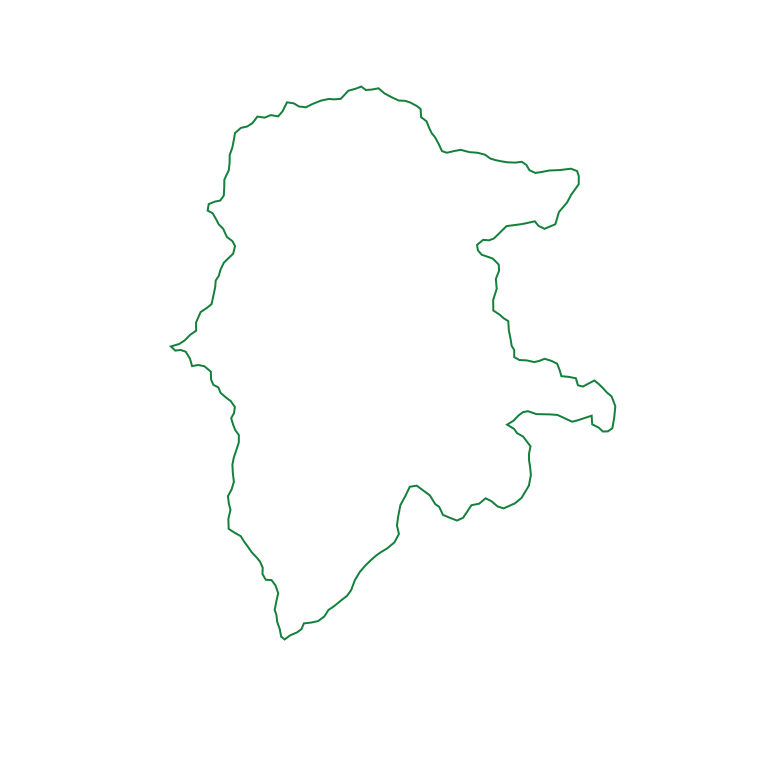 Andradas, Minas Gerais, Brazil, rotated 201°
{"feature_id": "56859067B4264930314137", "entity_name": "Andradas", "entity_type": "district", "adm_level": 2, "iso_a3": "BRA", "parent_name": "Brazil", "parent_adm1": "Minas Gerais", "projection": "equal_earth", "projection_center": [-46.567, -22.057], "detail": "fine", "context": "isolated", "style": "outline", "palette": "green", "viewbox_px": 768, "rotation_deg": 201, "n_neighbors": 0, "source": "geoboundaries", "source_scale": "gbopen_adm2", "svg_char_len": 3394}
<svg xmlns="http://www.w3.org/2000/svg" viewBox="0 0 768 768"><g transform="rotate(201 384 384)"><path d="M448.4,653.9L453.0,655.3L460.5,656.2L465.9,655.9L471.8,653.9L480.2,654.5L487.8,655.5L495.1,658.1L500.9,654.5L506.3,652.0L511.9,653.5L516.4,649.4L522.3,645.1L526.6,634.7L532.7,631.8L537.6,630.4L544.5,625.9L551.2,619.7L556.1,614.3L562.9,612.6L568.8,613.7L575.5,612.2L576.5,602.0L578.7,595.9L586.0,594.5L590.9,589.9L598.0,588.3L600.4,580.2L604.1,575.3L609.4,571.8L613.0,564.9L611.6,557.7L610.3,550.2L610.1,542.4L607.5,535.5L605.5,527.9L606.3,517.6L603.3,509.4L601.1,502.5L602.6,496.6L607.2,493.7L612.1,489.1L610.8,482.7L605.1,482.0L599.5,477.4L595.6,473.9L589.7,471.2L583.4,465.0L576.8,463.1L572.5,459.4L571.5,451.6L574.2,446.0L577.0,439.8L577.6,432.4L577.0,426.0L578.2,420.2L576.4,414.4L574.9,405.2L573.6,396.8L576.8,391.3L581.0,385.4L581.5,374.0L578.5,366.5L582.6,360.4L585.6,353.4L589.6,347.9L596.4,342.7L590.8,340.4L586.0,342.9L580.7,343.1L574.2,338.1L569.6,331.9L564.2,335.2L558.1,336.2L550.1,333.5L547.2,326.4L543.0,322.1L537.4,321.4L533.3,317.1L526.2,314.6L520.9,313.1L515.0,309.1L513.6,303.1L514.4,297.3L510.4,292.1L506.6,287.9L501.2,284.3L498.6,277.4L498.1,267.9L497.8,261.0L496.6,254.3L493.4,247.1L489.1,238.9L488.5,230.8L489.5,223.3L486.1,217.0L482.2,211.4L481.0,202.4L477.1,193.1L470.1,191.6L463.2,190.6L457.9,186.6L452.0,182.8L447.2,179.5L441.1,176.6L436.0,173.7L431.4,169.0L429.4,163.1L424.3,158.9L418.7,160.6L413.1,157.0L407.8,150.8L406.6,142.5L405.1,133.9L401.7,129.9L398.5,123.7L393.4,117.7L389.5,111.3L385.2,109.9L381.5,115.8L376.1,121.0L373.2,125.6L373.0,131.8L366.1,135.4L360.5,139.1L356.4,145.6L354.9,153.1L351.0,158.7L346.2,167.1L342.6,173.0L340.8,179.8L340.9,190.3L339.2,200.0L336.5,207.5L333.5,214.1L329.9,221.0L326.5,226.1L322.3,231.4L317.5,239.9L316.3,249.3L321.2,256.5L323.3,265.4L325.3,276.8L324.0,286.2L323.1,297.3L317.0,300.8L301.2,296.4L293.1,290.2L288.5,289.1L282.0,282.9L274.4,282.7L266.9,282.7L262.2,287.5L258.9,302.2L252.2,306.4L248.2,313.7L241.8,313.1L234.0,310.4L227.7,310.8L219.0,319.5L214.8,326.9L212.3,341.0L214.3,351.8L217.7,358.6L221.3,364.9L223.6,370.8L224.9,378.3L235.3,384.8L242.1,385.8L246.5,388.7L254.5,390.2L249.9,396.2L247.1,402.9L244.0,407.7L239.8,410.2L230.9,410.5L218.5,415.0L210.9,417.3L194.9,416.2L190.3,419.4L178.8,428.8L175.2,421.0L167.9,420.2L162.6,418.1L158.0,420.0L155.0,424.6L157.0,435.0L160.1,446.2L167.0,453.9L173.0,456.0L177.9,458.5L183.7,461.0L188.8,462.7L193.4,457.5L197.4,452.9L202.5,452.3L206.9,458.1L213.9,456.9L221.2,454.9L225.4,460.4L229.7,465.0L235.8,465.6L243.1,465.1L247.3,461.2L251.6,458.3L259.1,457.2L266.2,454.9L272.1,455.8L274.6,462.4L278.5,465.4L282.7,472.6L286.6,478.7L290.5,487.2L295.9,488.3L301.0,490.2L308.3,491.8L312.2,501.6L312.9,513.3L317.2,522.1L317.2,531.2L319.7,536.6L327.4,540.1L339.1,539.7L344.2,542.4L347.0,547.2L343.1,554.1L337.4,555.8L333.5,559.3L326.2,575.3L312.4,582.8L301.5,589.9L296.4,587.0L289.8,586.4L281.3,594.5L282.3,607.2L278.1,619.3L277.1,627.6L273.8,640.3L276.7,648.0L280.1,652.0L286.6,652.0L291.7,649.3L296.4,646.8L301.0,644.8L306.1,642.6L312.5,638.6L318.3,635.3L324.8,635.7L329.7,639.6L335.0,640.8L341.1,637.6L347.9,635.3L354.0,634.0L359.9,633.0L365.5,632.6L372.0,634.3L379.5,633.4L387.3,631.1L396.3,630.1L402.2,626.5L408.2,622.4L413.3,622.2L419.4,628.1L425.0,632.8L429.4,635.3L433.3,638.9L438.4,644.5L445.0,646.4L448.4,653.9Z" fill="none" stroke="#15803d" stroke-width="2"/></g></svg>